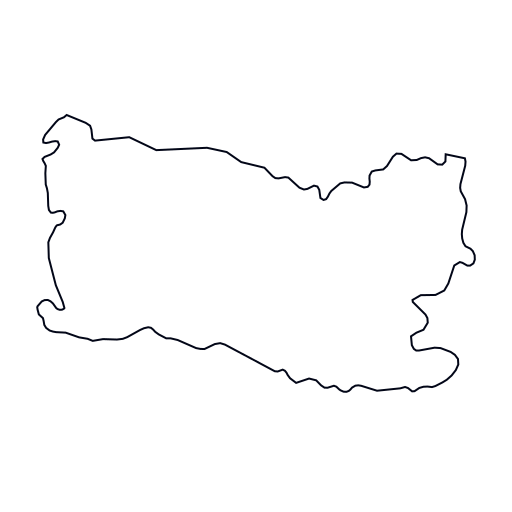 map outline of Oise (Natural Earth projection), rotated 3°
{"feature_id": "FRA-5331", "entity_name": "Oise", "entity_type": "Metropolitan department", "adm_level": 1, "iso_a3": "FRA", "parent_name": "France", "parent_adm1": "", "projection": "natural_earth1", "projection_center": [2.414, 49.417], "detail": "fine", "context": "isolated", "style": "outline", "palette": "ink", "viewbox_px": 512, "rotation_deg": 3, "n_neighbors": 0, "source": "natural_earth", "source_scale": "10m", "svg_char_len": 2915}
<svg xmlns="http://www.w3.org/2000/svg" viewBox="0 0 512 512"><g transform="rotate(3 256 256)"><path d="M459.5,147.5L460.3,150.8L460.2,154.9L456.4,173.5L456.3,177.3L457.1,180.7L461.8,188.3L463.7,194.6L463.8,201.2L460.5,218.9L460.4,223.4L461.0,227.7L462.4,232.0L464.7,235.3L469.8,237.5L472.3,239.8L474.3,243.8L474.7,248.2L473.5,252.0L470.3,254.4L467.5,254.5L462.5,252.0L459.9,251.4L454.5,255.1L449.5,273.4L445.8,280.6L437.3,285.5L422.6,286.5L414.6,291.7L415.0,293.7L428.3,305.6L430.4,309.0L431.0,313.6L427.1,320.9L420.2,324.2L415.0,328.1L416.3,336.9L418.5,340.5L420.9,342.0L423.6,341.9L439.2,338.2L445.1,338.3L455.4,341.6L459.8,344.3L463.1,348.3L463.7,353.8L461.5,359.5L457.6,365.1L453.0,369.6L448.8,372.5L441.9,376.5L438.6,377.7L434.1,377.4L430.1,377.8L426.0,379.2L421.4,382.7L419.0,383.0L414.7,379.9L411.7,379.0L407.0,380.6L383.9,384.2L367.8,380.1L364.9,379.8L362.0,380.3L358.8,382.4L357.2,384.5L355.7,385.9L353.4,386.9L350.5,386.9L347.4,385.7L346.0,384.8L343.1,382.3L340.6,381.5L334.4,383.8L331.3,383.9L327.8,381.8L322.6,377.0L315.4,375.6L302.7,380.6L296.4,376.3L293.8,373.1L292.6,371.0L290.9,369.1L288.6,368.1L283.7,370.2L280.8,370.1L229.6,346.1L224.8,344.9L219.5,346.1L209.4,351.6L205.4,351.7L201.0,351.1L182.2,344.0L175.1,342.7L170.6,342.9L163.0,339.4L159.3,337.0L157.2,334.9L154.9,333.2L152.1,332.8L147.9,334.0L144.2,335.9L131.6,343.8L127.3,345.7L121.5,346.7L107.6,347.0L97.4,349.3L92.2,347.5L83.6,346.5L69.9,342.5L60.4,342.5L57.2,342.1L53.8,341.2L50.2,338.8L48.2,335.9L47.3,331.9L46.5,329.2L42.2,325.7L40.7,321.0L40.2,318.6L40.5,317.6L44.4,312.6L47.2,311.1L50.4,310.8L53.2,312.0L55.7,314.0L59.1,318.3L59.7,318.8L60.7,319.4L62.8,320.0L65.0,319.8L66.5,319.0L67.1,318.5L67.4,318.0L65.4,312.0L57.6,295.6L49.2,268.9L48.3,258.0L47.9,253.2L49.3,248.7L52.1,243.0L54.1,237.9L55.2,236.2L55.9,235.6L56.9,235.4L58.8,234.8L61.2,232.9L63.1,228.4L63.5,225.1L61.2,221.5L58.4,221.2L55.3,221.8L52.7,223.0L50.8,223.5L48.9,223.4L46.8,220.9L45.9,216.8L44.8,204.0L43.7,199.4L42.3,195.6L41.3,184.3L41.4,177.0L40.1,174.5L38.6,172.3L37.7,170.3L39.7,168.1L45.6,165.4L48.9,163.1L52.3,158.4L53.6,155.2L52.0,152.0L49.5,151.8L46.4,152.4L43.3,153.5L40.4,154.2L37.7,153.8L37.3,150.8L39.1,146.1L49.2,132.7L51.7,130.0L57.0,127.5L59.5,125.1L78.9,131.9L83.5,134.6L85.0,138.3L86.5,147.3L89.2,149.2L123.2,144.0L150.9,155.5L201.4,150.5L221.3,153.7L236.3,163.0L259.8,167.4L268.3,175.4L271.2,177.2L274.5,177.3L280.9,175.7L284.2,176.0L295.8,185.5L300.4,187.1L303.8,186.3L310.2,182.7L313.7,183.4L315.7,186.6L317.3,194.7L320.5,196.5L323.1,195.5L324.7,192.9L326.1,189.7L327.8,187.1L336.3,179.1L340.5,177.9L348.1,177.7L360.2,181.9L363.9,181.1L365.6,178.8L365.7,175.9L365.2,172.7L365.2,169.7L367.2,165.6L370.7,164.3L378.5,162.9L382.1,159.3L387.5,149.7L390.9,146.4L395.9,146.4L405.9,152.3L411.5,151.7L415.7,149.6L419.7,148.6L423.7,149.3L432.6,155.0L437.2,155.0L440.2,151.7L440.1,144.5L459.5,147.5Z" fill="none" stroke="#020617" stroke-width="2"/></g></svg>